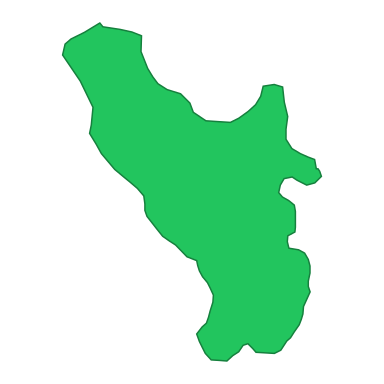 Hadong-gun, South Gyeongsang, South Korea
{"feature_id": "91817680B17319558643664", "entity_name": "Hadong-gun", "entity_type": "district", "adm_level": 2, "iso_a3": "KOR", "parent_name": "South Korea", "parent_adm1": "South Gyeongsang", "projection": "mercator", "projection_center": [127.804, 35.134], "detail": "fine", "context": "isolated", "style": "filled", "palette": "green", "viewbox_px": 384, "rotation_deg": 0, "n_neighbors": 0, "source": "geoboundaries", "source_scale": "gbopen_adm2", "svg_char_len": 1504}
<svg xmlns="http://www.w3.org/2000/svg" viewBox="0 0 384 384"><path d="M99.8,23.0L84.5,32.3L71.0,39.0L65.1,44.1L62.6,55.0L80.3,81.1L93.0,107.3L91.3,125.0L89.6,133.4L96.3,144.4L101.4,153.6L114.7,169.4L124.4,177.5L129.8,181.9L137.3,188.3L143.8,195.9L144.9,204.0L144.9,210.4L147.0,216.4L156.7,228.8L162.7,236.3L169.7,241.2L175.6,245.0L187.0,256.8L196.7,260.6L197.7,265.5L199.4,270.9L202.6,276.8L207.5,282.7L210.2,288.1L213.4,295.1L212.9,302.2L210.2,310.8L208.5,317.3L206.4,323.2L202.1,327.0L196.7,334.0L199.4,341.5L202.6,348.0L205.3,353.4L211.2,359.9L219.3,360.4L226.9,361.0L232.8,355.6L238.7,351.8L243.1,345.3L247.9,343.7L252.8,348.6L256.0,352.3L274.4,353.4L280.8,350.2L286.8,341.0L290.5,337.8L294.3,331.8L299.2,324.8L301.3,319.4L302.9,314.0L303.5,306.5L310.1,291.9L308.3,286.5L308.3,281.1L310.0,273.0L310.0,266.0L308.3,259.5L304.6,253.1L298.6,249.8L288.9,248.2L287.3,241.7L287.8,235.8L294.9,232.0L295.4,227.2L295.4,211.5L294.3,205.1L288.9,200.7L282.4,197.0L278.7,192.6L280.3,185.1L284.1,178.6L292.2,177.0L297.0,180.2L306.7,185.1L314.8,182.9L321.4,176.4L319.7,171.3L318.0,168.8L316.3,168.8L314.6,159.5L307.9,157.0L300.3,153.6L291.9,148.6L286.0,139.3L286.0,129.2L287.7,116.5L284.3,102.2L282.6,87.0L274.2,84.5L263.2,86.2L260.7,96.3L255.6,104.7L248.1,111.5L238.8,118.2L230.4,122.4L217.7,121.6L205.9,120.8L193.3,112.3L189.9,103.1L180.6,93.8L167.1,89.6L157.9,83.7L152.8,76.9L147.7,68.5L141.0,51.6L141.5,35.8L131.9,32.0L120.0,29.4L102.9,26.8L99.8,23.0Z" fill="#22c55e" stroke="#15803d" stroke-width="1.5"/></svg>